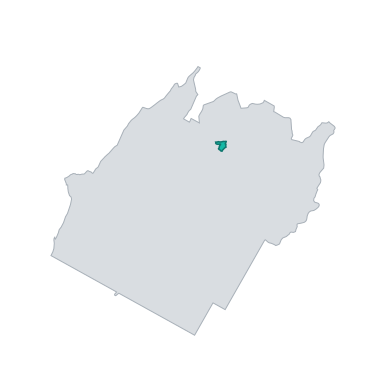 location of Al Quoz, South Kordufan, Sudan, rotated 209°
{"feature_id": "16777658B4110492233788", "entity_name": "Al Quoz", "entity_type": "district", "adm_level": 2, "iso_a3": "SDN", "parent_name": "Sudan", "parent_adm1": "South Kordufan", "projection": "equal_earth", "projection_center": [29.964, 12.456], "detail": "fine", "context": "in_parent", "style": "filled", "palette": "teal", "viewbox_px": 384, "rotation_deg": 209, "n_neighbors": 0, "source": "geoboundaries", "source_scale": "gbopen_adm2", "svg_char_len": 5338}
<svg xmlns="http://www.w3.org/2000/svg" viewBox="0 0 384 384"><g transform="rotate(209 192 192)"><path d="M247.6,304.6L245.0,304.6L244.7,303.7L244.7,301.4L245.0,299.7L246.0,296.9L245.7,295.4L245.8,293.2L245.1,290.8L238.7,283.7L237.5,281.8L234.1,280.0L234.6,278.0L233.2,263.6L233.9,261.9L234.1,259.4L234.0,257.2L234.8,253.5L234.9,251.9L228.2,251.8L228.1,253.4L228.4,255.2L228.4,255.9L219.0,256.0L222.8,261.6L222.9,264.1L222.7,267.2L222.8,269.2L223.0,270.4L224.0,273.0L224.0,273.5L223.7,274.1L217.1,281.6L216.0,285.1L215.1,286.9L213.1,290.0L207.1,298.1L206.1,298.6L201.4,298.9L200.9,299.1L200.6,299.5L200.4,299.4L196.4,294.7L189.7,289.0L185.3,291.9L184.0,293.0L184.0,295.8L183.4,297.2L182.2,298.7L178.9,299.7L177.2,300.5L175.1,302.0L173.1,304.6L173.0,306.0L173.2,307.2L161.9,307.1L161.2,306.2L159.5,301.9L158.4,302.1L148.1,301.7L146.6,302.1L143.6,303.8L142.2,304.1L140.6,303.3L135.2,294.9L134.1,293.9L132.8,291.9L131.7,291.0L131.3,290.4L131.2,289.5L131.2,287.7L130.9,286.5L130.0,286.2L122.7,288.2L121.7,288.0L120.1,288.3L119.6,288.6L119.0,289.8L118.9,292.1L118.7,293.2L118.1,294.5L116.0,297.3L115.6,298.6L115.6,301.7L115.5,303.3L115.2,304.0L114.3,305.3L113.9,306.0L113.5,310.0L112.4,312.4L112.1,313.3L112.0,315.0L111.9,315.6L108.6,317.0L107.3,317.9L106.6,319.2L106.4,319.8L105.0,319.3L103.2,319.0L99.7,318.5L98.3,317.9L97.7,316.9L97.9,314.5L97.6,314.0L97.0,313.5L96.7,312.5L96.8,311.2L98.6,308.4L99.0,306.9L99.5,299.8L99.4,297.7L98.0,293.7L94.7,286.9L93.9,285.5L89.8,279.9L89.4,279.1L88.4,276.7L89.5,271.5L89.6,270.1L89.3,268.6L88.3,267.5L87.4,267.3L86.2,265.9L85.4,265.3L84.7,264.1L84.2,262.4L84.6,256.3L84.4,255.5L83.3,255.2L83.1,254.8L83.1,253.6L82.6,250.1L82.0,247.3L82.3,245.7L81.5,243.5L79.8,242.6L76.5,243.3L75.5,243.2L74.8,242.8L74.3,242.0L74.1,241.0L74.3,239.6L75.3,237.0L76.5,234.9L78.9,233.0L79.5,231.9L79.9,230.8L80.0,229.5L79.8,228.1L79.6,226.8L78.9,225.1L78.3,223.2L78.3,221.9L78.6,220.9L79.2,219.8L81.6,217.5L84.0,215.6L84.4,215.0L84.3,214.2L83.2,212.7L82.9,209.7L82.3,207.6L83.5,206.0L84.5,205.5L85.9,205.0L86.4,204.4L86.6,203.1L86.6,201.9L87.1,201.0L87.8,199.1L88.3,198.3L90.2,196.0L90.6,194.6L90.8,193.2L90.3,189.0L91.4,187.3L92.8,185.8L94.7,185.9L97.7,185.6L99.8,185.0L101.2,185.0L104.6,185.8L104.9,185.5L105.1,184.4L106.0,105.2L119.7,105.2L119.9,105.1L120.3,68.0L206.3,68.0L207.0,67.9L208.4,64.4L209.0,64.2L209.8,64.4L210.1,65.2L209.4,68.0L284.5,68.0L284.7,72.2L285.4,75.6L287.6,80.4L289.5,83.0L290.1,84.5L290.2,85.1L290.1,85.8L289.6,85.1L288.7,84.6L288.6,86.8L289.1,91.5L289.9,94.7L289.4,97.8L289.5,102.9L290.6,109.0L290.5,112.9L292.2,122.1L293.8,127.2L294.7,128.4L295.6,129.1L297.4,129.5L300.2,132.1L302.3,134.9L303.1,136.3L304.2,137.9L304.9,137.6L305.3,137.2L306.0,138.4L309.4,141.2L309.9,142.4L308.7,143.7L307.4,145.9L306.7,147.9L306.4,148.5L305.3,149.7L305.1,150.3L304.6,150.7L304.1,150.8L302.9,151.4L301.9,151.2L300.9,151.6L300.5,152.1L299.7,152.5L298.5,152.7L296.8,154.4L295.3,155.2L294.8,155.9L294.0,159.3L293.4,160.2L291.2,160.3L290.1,160.6L288.5,160.2L287.8,160.2L287.6,161.0L287.4,163.9L287.5,165.1L286.2,168.4L286.7,174.6L285.5,179.3L285.3,180.3L284.1,184.0L283.5,185.4L282.0,192.3L281.4,194.4L280.1,196.6L281.6,213.2L280.5,218.3L280.6,221.1L279.9,225.2L279.2,227.1L278.2,229.3L277.4,231.9L276.7,235.3L276.3,241.7L276.0,242.3L272.0,243.0L270.7,243.5L269.8,244.2L268.8,245.9L266.8,250.4L265.7,253.1L264.0,256.9L262.1,259.6L261.6,260.9L261.3,263.3L260.6,267.1L260.0,269.9L260.1,272.1L259.5,275.9L259.6,277.7L258.9,278.8L258.0,279.8L257.3,280.0L254.5,277.4L252.5,279.2L251.3,281.7L250.3,284.2L250.9,289.5L250.9,290.6L250.6,291.9L248.7,297.1L248.2,299.4L247.6,303.6L247.6,304.6Z" fill="#d9dde1" stroke="#a8b0b8" stroke-width="1"/><path d="M184.0,247.6L184.0,247.8L184.2,248.0L184.5,248.2L184.7,248.5L184.9,248.9L185.2,249.3L185.2,249.5L185.2,249.8L185.7,250.0L186.0,250.2L186.1,250.3L186.3,250.3L186.3,250.7L186.3,251.0L186.2,251.3L186.3,251.4L186.3,251.5L186.5,252.2L186.5,252.5L186.6,252.8L187.0,252.7L187.5,252.3L187.9,252.0L188.0,252.0L188.4,251.8L188.7,251.7L188.8,251.6L189.0,251.5L189.2,251.4L189.3,251.3L189.5,251.1L189.8,250.8L190.0,250.7L190.5,250.2L190.9,249.8L191.1,249.8L191.3,249.6L191.7,249.4L191.8,249.3L191.9,249.2L192.0,249.2L192.3,249.1L192.5,249.1L192.8,249.0L193.1,248.8L193.4,248.8L193.7,248.5L193.9,248.2L194.2,247.9L194.3,247.9L194.6,247.7L194.8,247.5L195.0,247.4L195.5,247.1L195.4,247.0L195.1,246.7L194.9,246.4L194.9,246.2L194.7,246.1L194.4,245.9L194.2,245.9L193.9,245.9L193.5,245.9L193.3,246.0L193.2,246.0L192.9,246.1L192.6,246.2L192.0,246.5L191.9,246.6L191.6,246.8L191.4,246.9L191.1,247.2L191.0,247.3L190.9,247.4L190.6,247.6L190.4,247.6L190.2,247.6L190.1,247.0L190.1,246.8L190.1,246.7L190.2,246.4L190.3,246.2L190.2,246.0L190.2,245.9L190.2,245.6L190.2,245.3L190.1,245.0L190.1,244.9L190.1,244.7L190.0,244.4L189.9,244.3L189.8,244.2L189.7,244.0L189.7,243.9L189.7,243.6L189.7,243.3L189.7,243.1L189.8,243.0L189.8,242.9L189.8,242.7L189.7,242.6L189.2,242.4L188.9,242.3L188.7,242.3L188.4,242.3L187.8,242.3L187.7,242.3L187.6,242.2L187.4,242.2L187.2,242.1L186.9,242.1L186.7,241.9L186.1,242.0L185.9,242.1L185.7,242.2L185.5,242.3L185.5,242.6L185.5,242.8L185.5,243.0L185.6,243.3L185.6,243.5L185.4,244.1L185.2,244.8L185.1,245.2L185.0,245.7L184.9,246.0L184.7,246.5L184.6,246.8L184.5,247.0L184.4,247.1L184.4,247.3L184.2,247.5L184.0,247.6Z" fill="#14b8a6" stroke="#0f766e" stroke-width="1.5"/></g></svg>